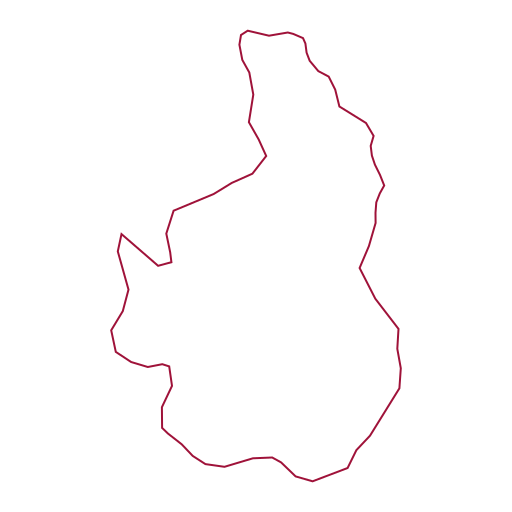 the Province of Nevsehir
{"feature_id": "TUR-2288", "entity_name": "Nevsehir", "entity_type": "Province", "adm_level": 1, "iso_a3": "TUR", "parent_name": "Turkey", "parent_adm1": "", "projection": "orthographic", "projection_center": [34.679, 38.876], "detail": "fine", "context": "isolated", "style": "outline", "palette": "rose", "viewbox_px": 512, "rotation_deg": 0, "n_neighbors": 0, "source": "natural_earth", "source_scale": "10m", "svg_char_len": 987}
<svg xmlns="http://www.w3.org/2000/svg" viewBox="0 0 512 512"><path d="M312.6,481.3L295.6,476.4L281.1,462.4L272.2,457.5L252.9,458.3L224.5,466.8L205.4,464.1L192.7,455.9L181.7,444.3L167.9,433.5L162.1,427.9L161.9,407.2L172.0,385.9L169.2,366.4L162.3,364.2L147.8,367.0L131.1,362.0L115.8,351.9L111.2,330.3L122.8,311.1L128.5,289.6L117.8,251.4L121.5,234.1L158.1,265.8L171.4,262.2L170.2,252.4L166.3,233.6L173.6,210.7L213.7,194.0L231.8,182.9L252.4,173.7L266.2,156.0L258.7,139.5L248.9,122.2L253.3,94.6L249.3,72.5L242.3,59.9L239.4,44.7L241.0,35.0L247.7,30.7L269.0,35.7L287.8,32.5L293.2,33.9L303.0,38.1L305.4,43.5L306.6,52.7L309.7,60.8L318.3,71.1L328.7,76.6L335.2,89.6L339.4,106.5L366.0,123.0L373.6,135.9L370.7,145.9L371.9,155.6L374.9,164.6L380.0,174.9L384.2,185.5L379.8,193.4L376.3,202.3L375.5,212.7L375.6,223.0L368.9,246.1L359.6,268.0L375.3,298.7L398.5,328.9L397.3,348.8L400.8,368.3L399.4,388.3L370.0,435.7L356.4,450.1L347.6,468.0L312.6,481.3Z" fill="none" stroke="#9f1239" stroke-width="2"/></svg>